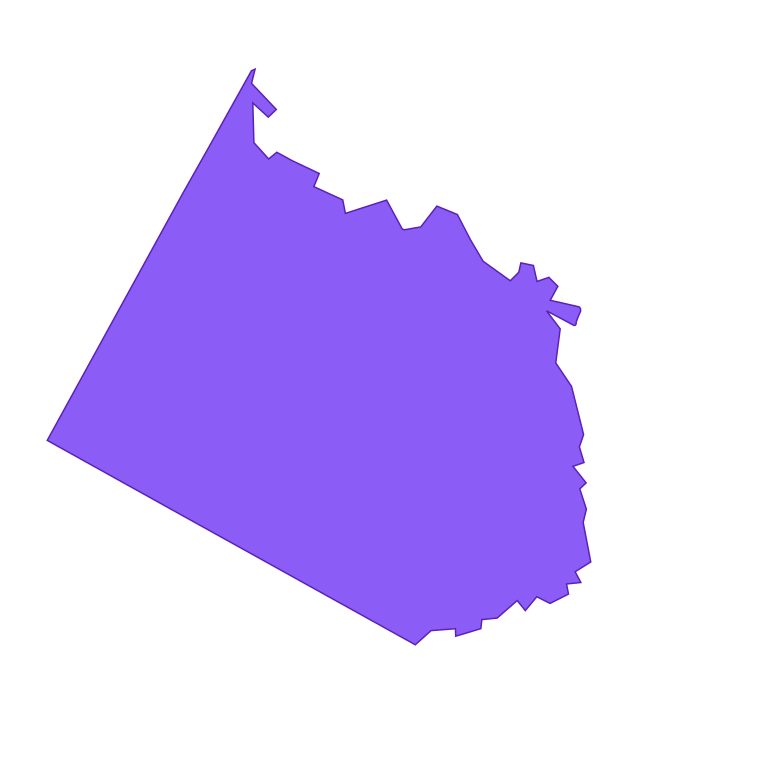 outline of Pottawatomie, Kansas, United States of America, rotated 209°
{"feature_id": "52423323B67530178670181", "entity_name": "Pottawatomie", "entity_type": "district", "adm_level": 2, "iso_a3": "USA", "parent_name": "United States of America", "parent_adm1": "Kansas", "projection": "natural_earth1", "projection_center": [-96.445, 39.346], "detail": "fine", "context": "isolated", "style": "filled", "palette": "violet", "viewbox_px": 768, "rotation_deg": 209, "n_neighbors": 0, "source": "geoboundaries", "source_scale": "gbopen_adm2", "svg_char_len": 1035}
<svg xmlns="http://www.w3.org/2000/svg" viewBox="0 0 768 768"><g transform="rotate(209 384 384)"><path d="M494.2,171.2L230.2,171.1L223.3,191.1L202.9,204.6L199.0,198.2L180.7,217.0L184.2,225.4L171.6,234.1L162.5,259.2L150.6,254.3L147.2,272.0L132.4,272.6L120.8,289.7L127.4,297.6L115.6,305.8L125.8,312.5L116.9,328.6L142.7,359.5L146.3,372.6L161.9,387.2L159.3,395.5L178.8,403.6L171.0,412.3L182.6,423.7L184.9,436.5L218.8,472.8L244.0,485.7L256.6,517.6L277.4,526.8L248.5,527.3L246.3,527.3L245.3,527.9L245.0,529.4L245.8,531.0L246.6,535.3L247.4,543.2L248.7,545.2L250.5,546.1L279.2,537.8L279.3,553.7L291.5,557.2L299.9,547.9L310.8,560.1L323.0,556.3L320.3,547.1L323.6,535.5L356.8,539.4L378.2,552.0L402.0,567.8L424.0,565.2L428.0,539.2L440.9,528.8L443.2,528.4L470.9,546.1L500.5,514.5L509.3,525.0L541.0,522.6L542.7,536.7L572.6,534.8L590.1,534.7L594.0,524.9L614.8,532.0L635.0,566.2L614.6,561.3L611.3,571.9L645.6,582.7L649.4,596.9L651.8,593.7L652.0,509.7L652.4,453.5L651.2,171.4L494.2,171.2Z" fill="#8b5cf6" stroke="#5b21b6" stroke-width="1.5"/></g></svg>